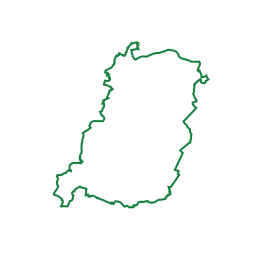 Hodosa, Mures, Romania, rotated 341°
{"feature_id": "2599482B90961317580174", "entity_name": "Hodosa", "entity_type": "district", "adm_level": 2, "iso_a3": "ROU", "parent_name": "Romania", "parent_adm1": "Mures", "projection": "natural_earth1", "projection_center": [24.814, 46.646], "detail": "fine", "context": "isolated", "style": "outline", "palette": "green", "viewbox_px": 256, "rotation_deg": 341, "n_neighbors": 0, "source": "geoboundaries", "source_scale": "gbopen_adm2", "svg_char_len": 5735}
<svg xmlns="http://www.w3.org/2000/svg" viewBox="0 0 256 256"><g transform="rotate(341 128 128)"><path d="M161.2,189.0L160.1,187.7L161.9,185.4L158.7,182.8L171.6,169.6L171.4,169.4L170.1,166.2L181.2,161.9L182.1,162.1L182.8,160.3L183.0,160.4L184.8,157.2L185.0,155.9L186.0,154.6L186.0,154.1L185.5,153.0L185.3,152.2L185.8,150.4L186.0,150.1L186.0,149.0L184.9,147.3L184.4,145.5L184.4,144.4L183.8,143.2L183.1,142.1L182.6,139.9L191.0,135.6L199.1,131.2L197.6,128.8L197.0,126.5L197.4,125.0L201.3,125.1L201.1,124.6L201.2,124.3L201.6,124.0L201.8,123.3L201.0,121.4L200.9,118.1L200.6,117.5L200.8,116.9L201.4,116.4L201.6,115.9L202.8,114.0L202.7,113.4L202.9,112.9L203.6,111.9L204.0,110.6L204.7,109.7L204.9,109.3L204.7,108.7L204.7,108.3L205.3,108.0L206.2,108.0L206.6,107.8L206.6,107.5L207.3,107.4L208.1,106.7L209.0,106.7L209.5,106.5L209.6,106.2L211.0,106.2L211.2,105.5L212.4,105.3L212.7,105.8L212.4,106.4L212.2,107.0L212.1,108.6L212.5,109.3L214.6,110.4L215.1,110.5L215.5,110.3L216.6,109.5L216.9,108.8L217.3,108.9L219.9,108.2L219.3,106.7L219.1,103.9L216.2,104.4L214.5,104.1L214.0,103.7L214.7,101.8L214.7,100.9L214.5,99.8L214.4,97.1L213.2,97.4L212.7,96.2L212.9,95.6L216.3,91.9L216.7,91.2L217.2,89.9L216.9,89.1L216.9,88.4L212.6,87.1L209.5,85.8L206.5,83.2L201.4,79.7L200.1,78.3L199.4,76.6L199.6,74.3L198.5,71.6L196.9,70.0L195.9,69.3L191.4,67.1L186.3,67.4L185.0,67.1L182.6,67.3L178.9,66.3L177.5,66.3L176.1,65.9L170.1,66.5L168.6,66.5L165.3,65.1L162.9,64.8L160.5,65.1L157.5,65.8L156.9,65.2L156.4,64.4L155.9,62.5L155.9,61.1L156.1,60.0L155.8,59.0L155.8,58.7L156.5,57.0L156.5,55.9L156.4,55.3L162.9,56.4L163.1,56.8L163.5,56.9L163.4,56.2L163.6,55.8L163.0,55.0L162.9,54.5L163.1,54.2L163.6,53.9L163.5,53.5L163.6,53.3L164.5,53.1L164.2,52.9L164.1,52.4L163.9,51.8L164.0,51.3L164.4,50.5L165.1,50.6L164.8,50.2L164.2,49.9L163.8,50.0L163.0,49.7L162.6,49.7L160.3,49.5L159.8,49.7L159.2,49.6L158.9,48.9L158.3,49.2L157.6,50.0L157.1,50.4L156.0,50.7L155.6,51.1L154.9,51.1L154.3,52.0L153.5,52.2L153.5,52.4L153.9,52.6L153.4,52.9L153.2,53.3L152.1,54.2L151.3,55.8L150.7,55.8L150.3,56.0L150.3,56.7L149.9,57.4L149.2,57.9L148.7,58.0L148.5,58.4L148.1,58.1L147.6,58.4L146.9,57.9L147.1,57.4L146.4,57.2L144.9,55.6L144.6,54.9L144.0,54.5L143.6,54.4L143.4,54.6L143.2,56.1L142.0,56.5L141.0,56.4L140.9,55.6L140.6,55.6L139.3,56.9L138.7,57.9L137.9,58.5L137.5,58.9L137.3,59.2L137.2,60.3L136.0,62.3L136.3,62.4L135.8,63.0L135.2,63.3L135.2,63.7L134.2,63.9L131.9,65.6L131.3,65.5L126.0,66.3L124.9,67.0L124.5,68.1L125.0,68.2L125.5,68.7L126.3,69.0L126.2,69.6L126.4,70.1L127.0,70.4L127.2,70.8L126.3,70.6L125.8,70.6L125.1,71.1L124.9,71.5L125.0,71.7L125.5,71.6L126.7,72.5L126.8,73.4L126.4,74.1L127.2,74.2L127.2,74.6L126.9,74.7L127.1,75.0L126.9,75.3L127.0,75.8L126.0,76.5L125.8,77.0L125.2,77.3L124.8,76.9L123.8,76.8L121.6,75.7L119.3,79.1L122.1,80.9L124.0,82.7L125.0,83.3L125.3,84.6L126.0,85.8L126.1,86.4L123.9,86.3L123.7,87.1L122.5,86.9L122.1,87.6L120.9,89.0L121.1,89.2L118.2,92.0L118.5,92.6L119.1,93.4L113.6,93.8L113.4,94.1L114.3,94.5L111.7,96.6L113.2,97.1L112.8,98.3L112.6,98.6L112.7,98.9L112.3,100.0L110.0,101.7L109.3,103.1L108.0,103.6L106.7,103.6L106.8,104.4L107.2,107.5L107.7,107.6L108.7,110.0L108.8,111.0L108.5,111.6L108.0,112.3L106.5,113.4L98.7,110.6L96.9,110.2L95.0,110.8L94.5,110.7L94.2,111.0L94.0,111.4L92.8,112.9L92.1,113.5L92.8,115.6L89.1,116.8L87.2,117.0L84.7,117.9L83.7,118.1L83.8,118.5L83.4,121.1L82.7,121.9L82.4,122.7L81.1,124.0L80.1,126.5L79.1,127.7L78.2,130.2L77.6,131.4L77.1,132.8L76.6,135.2L75.5,136.7L74.9,137.1L73.8,138.3L73.7,138.7L73.3,139.1L73.5,139.4L73.4,139.7L73.0,140.3L72.9,140.9L72.5,141.0L72.7,141.5L72.4,141.8L72.4,142.1L73.2,143.1L72.4,143.7L72.7,144.1L74.0,144.9L72.0,146.1L69.6,144.8L67.2,144.2L65.6,143.3L62.4,143.4L61.8,143.9L60.7,144.2L59.3,148.1L59.7,149.0L60.3,149.5L60.3,149.9L59.9,150.3L58.4,148.8L58.1,148.7L56.3,149.1L54.6,150.3L52.8,150.0L49.9,150.7L45.9,149.6L44.9,150.8L45.4,151.5L45.1,153.2L45.0,153.7L44.8,154.1L43.4,155.6L43.0,156.4L42.7,158.8L42.7,159.4L43.1,159.9L42.7,160.8L41.1,162.5L37.5,165.1L36.1,166.7L38.9,168.9L40.2,170.2L42.3,173.3L42.3,173.8L42.2,174.4L41.9,174.7L42.3,175.2L42.6,175.3L42.4,176.7L39.3,180.3L45.3,182.4L45.8,182.1L47.9,179.4L49.0,178.3L49.4,178.1L50.8,178.3L51.4,178.1L52.2,177.5L53.1,176.4L53.3,175.6L54.5,174.0L53.7,173.0L53.8,172.2L54.0,171.2L54.6,170.6L55.4,170.3L56.6,170.6L56.6,169.8L58.5,168.9L58.9,168.4L61.5,168.2L63.6,167.7L63.9,168.5L66.0,170.0L68.8,171.9L66.1,177.8L68.4,177.7L68.4,178.0L67.9,178.2L68.4,178.4L68.9,179.1L68.5,179.3L68.3,179.8L69.4,180.3L69.4,180.5L70.5,180.5L70.5,180.2L72.6,180.5L73.4,180.9L74.9,182.6L75.9,184.3L76.4,184.0L77.1,184.8L79.4,186.9L80.7,187.7L83.2,190.3L86.2,192.6L86.8,193.9L87.2,194.0L87.5,194.0L88.3,193.3L88.5,193.3L89.6,194.2L89.2,194.9L89.6,195.2L90.9,194.0L92.3,193.2L92.7,193.3L93.9,194.0L94.7,194.2L96.8,196.2L97.4,197.3L97.4,197.9L99.3,201.3L101.5,201.1L102.2,201.5L103.2,203.4L103.5,203.6L105.0,203.7L106.6,204.7L107.7,204.5L107.8,204.1L107.6,203.6L107.7,203.3L108.0,203.1L108.5,202.9L109.2,202.9L109.9,203.8L110.9,203.7L112.3,203.1L112.8,202.3L113.1,202.1L114.5,201.6L116.7,202.1L116.8,202.5L118.3,202.9L119.4,203.1L121.3,203.0L122.0,203.4L122.8,203.5L123.0,204.6L126.4,206.6L128.7,206.8L129.9,206.7L131.2,206.3L133.1,205.9L135.2,206.3L136.9,206.8L140.4,207.1L140.7,206.8L140.9,206.2L141.2,206.2L141.3,205.9L142.0,205.7L142.2,205.1L143.2,205.1L143.4,205.0L143.3,204.7L143.5,204.6L143.9,204.8L144.2,204.3L145.4,204.6L145.6,204.3L146.1,204.3L146.0,204.1L146.3,204.0L146.3,203.6L146.5,203.6L146.8,203.2L146.6,202.6L147.0,202.4L146.9,202.2L146.6,202.1L146.9,201.7L146.4,201.3L146.4,201.2L147.0,200.9L147.0,200.6L147.3,200.2L147.4,199.3L147.1,199.1L147.0,198.9L147.1,197.9L147.4,197.5L147.3,197.0L149.2,197.8L161.2,189.0Z" fill="none" stroke="#15803d" stroke-width="2"/></g></svg>